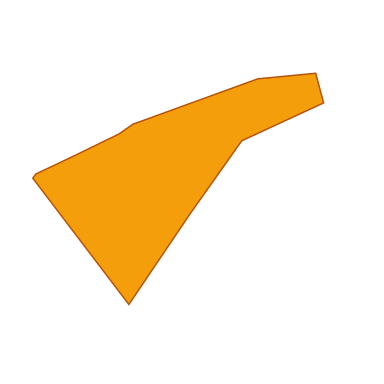 outline of Fond Doux, Soufrière, Saint Lucia, rotated 255°
{"feature_id": "8701671B36300089777335", "entity_name": "Fond Doux", "entity_type": "district", "adm_level": 2, "iso_a3": "LCA", "parent_name": "Saint Lucia", "parent_adm1": "Soufrière", "projection": "mercator", "projection_center": [-61.049, 13.821], "detail": "fine", "context": "isolated", "style": "filled", "palette": "amber", "viewbox_px": 384, "rotation_deg": 255, "n_neighbors": 0, "source": "geoboundaries", "source_scale": "gbopen_adm2", "svg_char_len": 347}
<svg xmlns="http://www.w3.org/2000/svg" viewBox="0 0 384 384"><g transform="rotate(255 192 192)"><path d="M271.9,150.0L267.0,136.6L257.4,87.2L249.8,45.7L246.5,41.8L99.7,101.9L171.1,184.1L228.6,253.3L242.7,334.6L244.0,342.2L274.7,342.2L275.0,340.3L284.3,284.9L272.8,152.5L271.9,150.0Z" fill="#f59e0b" stroke="#b45309" stroke-width="1.5"/></g></svg>